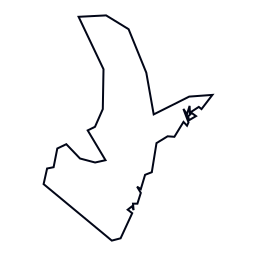 map outline of Coast (Robinson projection)
{"feature_id": "KEN-1193", "entity_name": "Coast", "entity_type": "Province", "adm_level": 1, "iso_a3": "KEN", "parent_name": "Kenya", "parent_adm1": "", "projection": "robinson", "projection_center": [39.627, -2.351], "detail": "coarse", "context": "isolated", "style": "outline", "palette": "ink", "viewbox_px": 256, "rotation_deg": 0, "n_neighbors": 0, "source": "natural_earth", "source_scale": "10m", "svg_char_len": 710}
<svg xmlns="http://www.w3.org/2000/svg" viewBox="0 0 256 256"><path d="M212.4,94.9L201.5,109.1L198.8,106.9L189.9,112.7L189.6,105.9L187.0,114.2L183.4,108.9L188.5,122.4L187.0,125.7L183.5,121.9L174.4,136.8L167.6,136.3L156.5,143.1L151.8,172.2L145.1,174.8L140.8,189.1L137.1,186.7L140.8,192.9L137.4,203.7L133.0,203.7L133.6,210.1L132.0,206.3L127.7,209.7L132.2,213.2L120.6,238.3L111.8,240.6L43.6,184.1L47.1,168.5L53.6,167.2L57.3,148.5L66.3,144.2L80.0,158.5L95.1,162.5L105.5,160.2L87.7,130.4L95.0,126.8L102.8,109.1L103.5,69.2L78.6,16.8L106.1,15.4L128.6,29.2L146.3,72.7L153.7,114.4L189.2,96.6L212.4,94.9ZM191.7,113.0L196.0,116.1L189.1,120.2L188.1,116.4L191.7,113.0Z" fill="none" stroke="#020617" stroke-width="2"/></svg>